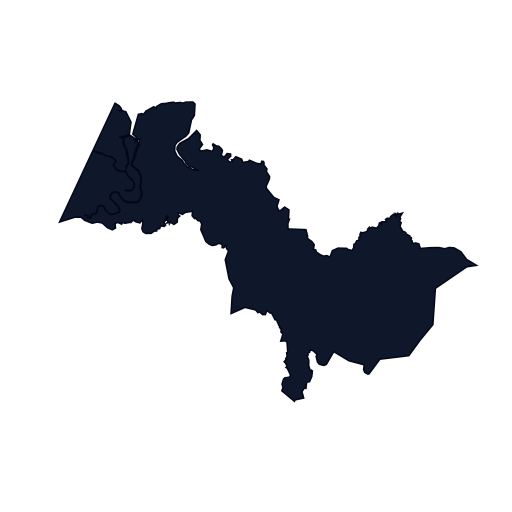 Choluteca, Choluteca, Honduras (Robinson projection), rotated 119°
{"feature_id": "27666195B45009798989727", "entity_name": "Choluteca", "entity_type": "district", "adm_level": 2, "iso_a3": "HND", "parent_name": "Honduras", "parent_adm1": "Choluteca", "projection": "robinson", "projection_center": [-87.236, 13.254], "detail": "fine", "context": "isolated", "style": "filled", "palette": "ink", "viewbox_px": 512, "rotation_deg": 119, "n_neighbors": 0, "source": "geoboundaries", "source_scale": "gbopen_adm2", "svg_char_len": 6159}
<svg xmlns="http://www.w3.org/2000/svg" viewBox="0 0 512 512"><g transform="rotate(119 256 256)"><path d="M364.5,151.9L363.0,152.1L357.1,145.4L352.4,150.0L348.2,149.7L347.6,148.1L342.6,150.2L341.1,149.8L340.1,148.2L334.3,148.8L329.2,150.9L329.0,152.1L330.4,151.8L330.2,152.7L326.5,156.6L321.5,159.3L318.8,162.6L317.1,162.4L315.9,164.0L314.4,162.4L311.6,163.0L311.2,159.8L312.4,155.1L314.7,154.7L318.9,150.9L320.0,148.1L318.9,143.7L316.8,141.9L302.0,141.6L302.6,123.9L298.9,109.2L299.4,108.3L303.1,106.9L305.1,104.5L305.1,100.9L304.4,100.0L286.2,97.6L269.1,74.0L249.7,71.6L230.3,68.0L197.3,83.4L163.3,66.4L157.3,58.6L156.9,70.0L152.9,78.9L152.8,86.6L154.8,91.1L158.1,94.4L159.9,100.1L164.0,107.3L169.7,115.9L166.4,119.5L167.2,122.8L168.6,124.1L168.5,126.0L167.2,126.6L166.6,128.3L164.8,128.8L164.5,131.3L163.9,131.3L163.9,135.1L162.8,136.6L163.2,139.6L160.2,144.4L156.4,145.2L156.1,147.2L153.1,147.7L152.4,149.0L147.5,148.8L149.8,151.0L149.8,152.7L152.6,151.9L153.6,152.5L151.0,154.1L151.4,155.0L151.9,154.0L153.0,154.3L152.9,156.0L156.2,157.4L158.2,157.0L159.2,159.4L161.2,160.5L162.6,158.4L165.4,162.9L167.2,161.8L166.6,162.9L167.2,164.1L170.3,163.3L173.2,164.1L174.4,168.3L176.4,170.0L175.9,170.8L178.4,171.4L179.4,170.6L181.9,171.7L184.6,174.9L184.4,175.7L186.8,175.6L188.5,174.3L189.7,175.1L192.2,173.6L193.8,175.3L197.2,175.2L198.2,176.1L201.1,174.7L204.5,174.5L205.7,178.7L205.3,180.4L209.3,188.1L214.3,191.8L221.0,190.8L221.3,194.3L223.3,196.8L223.7,200.1L223.3,205.1L221.7,206.7L222.2,209.1L217.9,210.5L216.3,213.9L215.6,219.7L213.8,220.3L208.7,225.1L216.8,241.1L212.2,243.8L207.5,244.6L207.8,245.6L199.7,249.5L199.3,254.7L204.5,256.7L205.0,258.5L202.2,261.8L195.7,263.1L196.1,268.8L191.9,279.3L190.2,280.9L182.3,281.6L179.9,282.6L177.1,287.8L174.5,288.6L172.7,293.0L170.2,294.4L169.7,295.5L170.4,297.0L172.3,296.3L173.3,297.1L174.6,300.2L175.4,308.2L176.9,308.4L180.5,312.8L178.2,315.5L178.9,321.8L182.9,322.7L183.7,324.0L185.2,322.2L186.3,324.1L186.3,326.5L185.2,327.8L180.8,326.5L179.1,327.7L180.4,331.0L184.6,331.7L185.1,333.7L184.4,335.3L180.1,336.4L179.1,337.8L178.0,341.7L178.9,344.1L178.7,347.9L179.7,348.0L182.2,345.0L185.7,345.0L187.0,350.5L190.8,354.9L190.7,356.6L189.4,357.5L184.4,356.8L182.1,361.1L177.1,363.5L175.0,368.8L185.7,371.8L194.6,377.3L198.6,377.8L201.0,376.9L204.2,372.1L207.3,364.1L208.6,362.8L210.0,357.2L209.1,354.7L209.2,348.6L210.2,350.1L211.1,354.0L211.3,359.3L210.1,363.8L208.2,366.7L206.9,373.4L203.5,378.1L198.5,380.5L194.8,380.1L185.1,375.4L181.0,374.5L168.2,378.4L163.0,378.0L152.6,383.0L151.9,385.8L155.4,392.0L157.7,394.1L158.4,396.7L161.6,401.2L161.2,402.1L162.2,403.9L166.4,409.1L167.6,409.4L167.1,410.4L168.8,412.7L173.5,415.5L175.3,415.2L175.0,417.8L182.6,422.5L187.1,423.2L186.7,424.8L189.1,427.6L209.1,422.9L211.2,414.7L208.8,413.4L211.1,414.3L215.8,412.2L214.9,411.1L216.3,412.0L220.7,411.7L228.4,409.6L235.7,409.5L237.0,407.5L238.1,400.2L240.8,396.2L245.0,393.1L252.0,390.3L256.6,385.7L261.1,384.7L264.5,384.9L267.0,386.0L271.7,394.2L271.8,398.1L270.3,402.9L267.7,407.3L268.0,409.7L269.4,411.5L272.6,412.7L276.1,411.6L279.4,400.1L282.4,396.9L283.6,396.7L287.7,399.5L290.6,403.9L289.2,409.4L286.7,413.4L287.5,417.0L290.2,418.1L294.3,416.1L295.9,416.2L299.7,419.8L302.2,419.0L303.1,419.5L304.5,421.2L302.3,422.3L303.2,425.2L304.3,425.6L303.3,425.7L302.0,422.3L304.2,421.2L302.7,419.5L299.5,420.0L295.1,416.3L290.2,418.3L287.1,417.0L286.5,413.2L289.1,408.7L290.2,404.4L287.5,399.9L283.8,397.2L280.0,399.9L276.3,411.8L272.5,413.2L268.9,411.6L267.5,409.5L267.3,406.8L270.0,402.2L271.3,398.3L271.0,394.1L266.2,386.1L262.5,385.3L258.2,385.8L255.7,387.1L252.1,390.8L245.6,393.4L241.4,396.4L238.7,400.4L237.4,408.1L236.0,410.1L229.9,410.3L223.4,412.6L215.3,413.5L212.2,416.2L212.0,417.8L213.7,417.0L214.6,417.1L212.0,418.2L211.4,424.2L215.6,428.1L217.7,428.3L222.6,425.0L227.3,419.1L234.3,413.5L237.6,412.2L241.2,412.5L245.5,410.5L248.1,406.5L249.4,400.3L251.9,397.3L254.3,395.9L255.9,395.7L258.1,396.2L259.6,397.2L261.7,400.5L262.1,401.8L262.0,403.1L260.5,398.8L256.7,396.0L253.4,396.6L250.1,399.6L248.3,406.5L245.5,410.9L248.0,416.4L248.4,418.8L248.2,420.1L245.7,425.0L241.5,424.5L239.9,426.9L239.9,431.8L241.5,436.1L241.1,438.7L242.0,441.7L243.1,449.6L241.7,444.5L240.8,439.0L241.0,435.4L239.5,431.3L239.4,428.7L239.7,426.8L241.0,424.4L245.4,424.8L248.1,419.5L247.4,415.8L244.9,411.1L241.1,412.9L236.9,412.8L234.3,414.3L230.4,417.8L229.9,419.4L229.7,418.3L227.3,420.0L221.1,427.5L216.0,429.7L217.9,431.4L218.2,432.1L217.5,433.6L217.7,431.4L216.0,430.9L215.7,429.7L211.1,425.7L199.5,430.2L192.9,439.8L193.7,442.6L193.2,443.2L195.7,446.5L193.6,444.6L192.2,445.4L190.9,448.7L190.7,453.4L321.6,444.3L310.0,433.3L306.9,427.8L307.9,423.2L306.8,415.1L303.3,411.3L301.7,406.4L303.3,399.6L302.8,394.4L299.7,392.4L296.2,394.7L294.8,394.3L293.6,392.7L293.3,388.9L291.4,389.0L290.9,386.4L287.9,382.8L286.5,382.4L287.2,381.6L284.9,381.1L284.2,379.9L284.4,377.7L283.4,373.6L279.7,372.9L282.1,370.9L287.5,369.1L289.6,366.5L289.7,363.3L287.0,358.6L283.7,357.2L282.3,355.0L280.5,355.6L278.7,353.5L276.0,354.1L274.7,350.7L272.8,350.0L270.7,353.1L269.3,352.4L264.2,353.3L264.7,352.0L267.5,351.2L268.0,351.9L267.9,349.8L270.3,349.9L268.6,348.3L269.9,347.3L267.9,347.2L268.2,343.1L264.6,341.3L260.8,343.0L258.0,342.0L257.5,344.2L255.6,344.5L255.3,340.5L252.1,338.9L247.7,333.2L251.8,331.4L253.1,327.8L252.3,326.8L253.3,323.7L252.4,322.2L254.2,319.1L259.8,317.0L267.7,306.8L268.4,302.4L268.0,299.3L265.7,296.4L263.4,295.2L262.4,292.9L262.9,290.6L265.1,289.8L264.6,288.3L261.8,287.5L264.0,284.9L264.8,282.5L274.2,281.1L289.1,268.5L294.6,260.1L302.8,257.4L318.5,249.9L306.3,240.7L303.4,230.2L304.6,226.8L303.2,226.0L304.1,221.8L302.8,219.4L298.3,220.0L299.1,216.1L298.3,214.7L302.6,208.4L301.9,207.0L304.0,204.7L304.1,203.3L305.3,203.1L306.4,200.7L307.1,200.7L307.1,198.8L307.8,199.1L307.9,198.2L310.3,197.5L311.3,194.6L318.5,193.1L315.9,189.0L316.5,187.0L325.0,181.5L325.9,182.3L328.5,180.2L331.6,180.2L331.5,179.1L334.7,180.2L336.2,176.7L338.0,175.4L339.0,175.7L339.0,174.2L343.5,168.0L345.9,168.1L348.5,171.7L350.3,172.3L355.5,171.1L358.0,168.6L361.4,168.1L364.5,151.9Z" fill="#0f172a" stroke="#020617" stroke-width="1.5"/></g></svg>